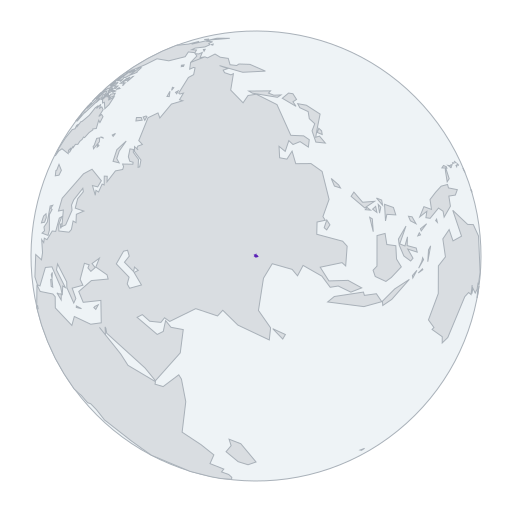 globe centered on Chhukha, rotated 318°
{"feature_id": "BTN-2433", "entity_name": "Chhukha", "entity_type": "District", "adm_level": 1, "iso_a3": "BTN", "parent_name": "Bhutan", "parent_adm1": "", "projection": "orthographic", "projection_center": [89.524, 27.004], "detail": "fine", "context": "on_globe", "style": "filled", "palette": "violet", "viewbox_px": 512, "rotation_deg": 318, "n_neighbors": 0, "source": "natural_earth", "source_scale": "10m", "svg_char_len": 11138}
<svg xmlns="http://www.w3.org/2000/svg" viewBox="0 0 512 512"><g transform="rotate(318 256 256)"><circle cx="256" cy="256" r="225" fill="#eef3f6" stroke="#a8b0b8"/><path d="M339.3,46.7L338.0,46.4L347.6,53.3L357.3,58.4L349.9,55.5L372.8,68.1L382.2,76.7L367.4,65.4L362.7,63.1L367.1,67.7L363.2,66.4L363.1,68.1L358.0,66.5L349.8,60.7L346.3,59.7L349.6,63.1L346.7,64.1L342.3,59.1L336.7,60.5L321.8,52.6L314.4,43.2L302.0,39.8L283.4,33.4L280.9,33.6L272.3,32.2L266.3,32.1L264.6,31.5L261.3,32.1L264.0,32.6L263.5,33.2L260.2,33.4L257.4,32.5L258.6,32.3L256.1,32.2L256.1,31.7L254.2,32.1L251.2,31.4L249.3,32.5L242.8,32.3L242.2,31.8L248.6,31.3L258.0,30.7L274.6,31.5L291.2,33.5L307.5,36.7L323.6,41.1L339.3,46.7ZM231.9,32.0L226.2,32.7L220.9,33.5L231.9,32.0ZM365.1,62.8L362.3,60.5L366.3,63.3L365.1,62.8ZM363.9,68.7L366.0,69.9L365.0,70.4L363.9,68.7ZM243.3,31.1L243.1,31.1L240.7,31.2L241.0,31.2L243.3,31.1ZM356.5,68.4L354.4,69.1L355.1,67.3L356.5,68.4ZM238.0,31.5L247.2,30.9L250.3,30.8L248.6,31.1L238.0,31.5ZM352.2,68.8L347.2,71.2L351.3,73.8L336.9,68.4L345.9,67.8L346.2,65.0L348.7,67.6L352.2,68.8ZM266.3,32.8L263.2,32.1L268.8,32.6L266.3,32.8ZM270.0,33.0L288.0,34.7L290.9,36.2L284.3,35.1L290.5,37.3L283.0,37.1L278.0,35.8L277.6,34.8L275.0,35.6L270.0,33.0ZM329.7,65.3L327.3,65.2L328.2,64.3L329.7,65.3ZM263.7,33.5L267.1,33.5L269.8,34.7L263.6,34.9L264.7,34.4L263.7,33.5ZM295.7,38.1L296.7,39.3L290.9,39.4L290.5,39.9L283.1,37.2L295.7,38.1ZM262.4,34.2L260.3,35.0L256.0,34.8L260.6,33.6L262.4,34.2ZM273.2,35.0L274.2,35.7L271.6,35.3L273.2,35.0ZM239.7,35.0L243.6,34.5L245.4,35.0L239.7,35.0ZM259.8,35.4L261.3,35.5L262.5,35.8L260.3,36.3L259.8,35.4ZM279.6,37.6L277.0,37.6L282.3,38.7L278.2,39.2L274.0,37.4L274.1,38.3L272.8,38.5L270.8,36.9L279.6,37.6ZM261.5,37.7L254.7,36.2L247.0,36.6L245.2,36.0L258.0,35.5L261.5,37.7ZM267.1,37.3L263.2,37.4L263.0,36.5L265.5,35.9L267.1,37.3ZM276.9,40.2L284.3,40.0L284.9,40.4L276.9,40.2ZM259.3,37.9L260.9,38.3L258.7,38.1L259.3,37.9ZM271.5,39.6L274.1,39.4L274.7,39.9L271.5,39.6ZM262.2,39.5L260.0,38.9L261.6,38.4L262.2,39.5ZM266.5,39.7L266.8,40.4L263.5,38.6L267.5,39.5L266.5,39.7ZM271.8,40.1L273.0,40.3L270.6,40.1L271.8,40.1ZM257.2,42.1L252.6,39.9L256.3,38.6L260.2,40.9L257.2,42.1ZM58.6,147.5L74.0,130.8L71.9,137.9L79.6,148.3L79.5,151.9L72.1,160.3L72.7,184.4L80.5,179.4L87.5,196.1L96.3,202.1L111.0,185.2L96.6,174.8L100.5,163.8L117.2,164.1L130.7,174.2L132.7,170.3L129.6,157.0L138.2,152.8L129.1,151.9L128.7,157.0L123.0,156.9L123.1,152.4L126.1,150.9L123.6,146.6L109.7,155.7L107.8,161.9L97.9,156.9L93.7,167.0L89.1,169.0L94.3,152.9L98.0,148.6L103.2,129.1L98.4,132.9L93.2,151.9L92.3,149.0L85.8,155.5L90.1,148.3L97.1,127.5L91.8,123.6L75.4,133.7L74.3,131.1L77.7,123.6L93.3,107.5L94.0,115.3L99.6,110.7L107.7,100.4L107.2,104.0L110.6,101.1L111.6,104.0L121.3,101.1L123.6,103.7L135.2,96.2L138.0,96.8L130.3,100.8L126.2,105.5L133.0,113.2L136.5,112.8L143.5,107.6L144.5,110.8L150.4,104.8L158.1,107.4L153.7,99.5L161.8,94.1L170.7,92.7L172.6,89.8L158.1,92.3L153.0,94.7L149.9,98.9L135.4,105.5L131.4,104.3L143.6,92.9L139.3,90.4L150.6,83.4L182.8,79.5L192.2,81.8L191.4,96.6L184.6,98.7L181.6,94.2L177.2,103.3L181.0,100.1L181.8,103.1L189.8,99.6L190.7,101.6L196.7,95.1L198.8,97.2L194.9,101.2L208.5,98.7L214.8,102.5L217.4,101.0L218.4,98.4L225.9,105.4L227.4,104.1L225.6,101.2L227.6,96.8L234.0,92.1L236.2,94.8L234.2,96.8L233.3,105.6L227.7,111.2L229.2,111.9L234.7,107.7L235.7,96.9L238.9,93.4L239.4,98.2L239.5,96.2L241.8,95.3L246.2,97.1L246.1,91.8L268.3,81.0L278.9,84.1L276.9,89.1L294.8,86.5L305.4,91.6L303.7,88.7L311.1,86.4L307.8,84.7L307.6,83.2L325.2,78.1L331.0,79.5L336.6,75.4L335.8,74.1L331.7,72.8L336.9,68.4L351.3,73.8L352.5,76.3L360.7,78.5L362.4,84.3L367.6,90.6L364.7,96.5L369.1,101.5L371.8,101.9L379.7,109.5L386.7,124.9L369.1,110.6L356.3,90.1L360.5,97.9L356.0,95.9L355.3,98.7L358.6,104.6L361.2,105.4L348.2,115.8L348.9,133.5L357.5,131.4L364.5,136.0L372.9,157.5L362.6,189.6L371.8,198.6L373.4,205.2L367.8,210.1L365.3,200.5L358.1,197.9L357.6,192.2L347.7,197.8L346.5,189.9L339.3,198.8L343.8,204.7L353.0,202.2L347.3,214.0L358.7,224.1L361.7,237.4L348.2,262.8L332.1,271.5L331.4,275.8L324.1,271.6L315.7,280.5L330.3,303.0L330.3,309.7L316.0,323.4L315.5,318.5L296.2,307.3L293.5,323.3L308.1,335.7L313.2,350.4L302.3,346.3L297.0,333.3L290.2,328.9L291.5,315.1L284.7,294.5L273.6,298.5L273.9,290.1L262.9,272.6L246.7,277.5L221.4,298.1L218.8,319.1L209.7,327.3L196.3,295.2L195.0,274.1L187.3,274.8L176.0,254.8L148.1,246.9L146.7,240.7L140.9,241.7L133.4,233.4L132.3,223.5L126.6,222.0L130.1,248.2L136.6,250.0L145.6,243.5L145.1,252.1L152.7,262.0L134.9,277.3L97.8,281.4L98.6,265.0L93.4,213.5L96.0,209.3L96.2,208.7L96.4,207.7L91.3,214.0L91.9,204.3L89.9,238.3L87.7,251.6L97.2,282.1L95.2,283.7L99.6,290.9L119.1,292.6L118.2,297.6L106.3,317.3L83.2,337.5L88.9,359.4L91.6,375.6L82.9,379.5L89.5,392.8L85.9,393.4L89.5,400.1L89.9,404.3L88.4,405.6L81.0,397.9L75.5,390.8L74.4,389.3L62.9,372.0L45.0,334.2L42.3,322.3L39.6,309.9L33.7,276.4L34.6,263.5L34.3,255.2L32.7,252.4L32.9,242.6L32.4,239.7L31.9,232.9L34.5,215.1L38.4,197.5L43.8,180.3L50.5,163.6L58.6,147.5ZM60.7,146.4L58.5,149.9L60.7,146.4ZM140.5,195.4L151.5,200.9L154.4,186.7L158.9,187.9L158.3,182.9L154.6,185.7L154.1,172.6L161.7,171.3L164.4,165.8L160.8,163.8L146.9,168.4L147.5,186.8L141.6,190.6L140.5,195.4ZM128.2,84.1L125.9,87.1L121.5,89.4L118.7,87.8L124.9,84.2L128.2,84.1ZM123.7,91.1L136.5,81.1L138.9,82.3L135.4,83.2L135.6,85.0L130.1,87.0L119.7,98.6L115.2,101.5L112.3,95.8L115.7,95.8L117.8,92.6L123.7,91.1ZM165.3,58.9L170.9,56.1L168.7,62.1L163.7,64.1L160.5,62.1L164.5,58.6L165.3,58.9ZM233.3,32.8L235.6,32.4L236.3,32.5L235.0,32.9L233.3,32.8ZM241.4,34.7L224.1,35.0L225.8,34.5L213.6,36.1L213.4,35.4L221.4,34.2L212.1,35.3L219.2,33.9L212.4,35.0L230.0,32.4L236.0,31.8L229.4,32.7L229.4,33.2L231.2,33.3L240.7,33.2L253.6,32.6L255.7,33.6L253.7,34.5L250.9,34.8L250.5,33.9L247.1,35.0L244.3,34.0L241.4,34.7ZM229.3,52.4L229.9,49.9L222.6,54.4L219.8,52.4L219.1,53.1L214.5,52.6L207.8,53.3L207.4,52.2L204.9,53.0L201.8,52.9L198.3,53.8L196.5,52.2L192.0,53.3L193.7,52.0L186.5,54.3L191.0,51.9L187.4,52.0L184.9,54.3L183.6,46.5L179.6,46.0L173.7,47.3L182.3,43.8L193.2,40.8L204.0,39.1L206.7,40.4L210.1,38.9L212.4,39.3L208.8,40.3L215.7,39.0L216.6,39.6L226.2,39.9L235.7,38.3L239.5,38.7L236.2,39.7L242.2,39.4L238.6,41.6L241.2,42.0L240.3,45.0L232.5,47.1L236.0,47.5L235.5,50.1L229.3,52.4ZM256.6,42.9L248.0,45.2L242.2,45.4L246.2,40.3L244.3,39.6L246.7,37.0L255.1,36.9L253.6,37.6L254.2,38.3L251.3,38.0L254.0,38.8L252.1,39.9L253.6,40.9L250.4,41.3L256.6,42.9ZM83.4,150.2L84.0,152.1L85.9,153.9L81.8,158.3L83.4,150.2ZM87.8,136.0L88.9,136.7L84.1,143.2L83.5,141.5L87.8,136.0ZM93.7,131.9L89.4,136.3L91.3,132.9L93.7,131.9ZM131.8,101.4L133.5,102.1L132.1,103.5L129.3,104.8L131.8,101.4ZM207.0,67.6L208.3,65.6L209.8,65.5L216.3,62.0L218.9,63.6L216.0,66.3L207.0,67.6ZM106.2,186.7L101.2,188.5L101.0,185.8L102.7,185.7L106.2,186.7ZM89.1,172.9L91.1,178.4L88.0,174.0L89.1,172.9ZM210.9,68.8L213.3,67.0L213.1,68.9L210.9,68.8ZM221.1,64.6L221.6,66.6L219.9,63.4L221.1,64.6ZM203.6,469.9L208.0,471.6L204.4,471.0L203.6,469.9ZM119.1,385.4L118.2,409.1L110.4,405.8L105.1,396.9L102.8,381.4L110.6,380.3L113.4,374.1L119.1,385.4ZM365.2,377.2L371.1,376.9L370.8,377.8L365.2,377.2ZM359.1,375.2L366.0,374.3L357.8,377.3L359.1,375.2ZM368.7,373.9L375.7,370.9L378.7,368.8L378.1,370.8L368.7,373.9ZM354.3,376.0L327.8,379.1L317.1,377.6L319.7,374.2L337.1,373.3L354.3,376.0ZM318.9,374.1L302.3,365.8L278.5,338.1L287.1,338.5L311.7,354.7L310.2,357.8L320.2,364.6L318.9,374.1ZM358.4,352.3L356.7,361.3L342.2,362.5L335.5,361.8L330.9,351.0L333.5,344.9L339.1,344.5L359.6,321.8L367.0,325.6L360.9,335.0L366.8,341.9L358.4,352.3ZM219.8,321.2L225.3,334.0L220.3,335.6L219.8,321.2ZM367.3,306.2L359.4,316.4L366.4,303.3L367.3,306.2ZM371.0,294.1L371.8,298.6L368.2,294.7L371.0,294.1ZM331.8,282.3L326.0,283.9L325.6,280.6L332.7,276.6L331.8,282.3ZM363.8,248.7L365.0,258.5L364.3,262.0L361.1,256.5L363.8,248.7ZM236.5,83.7L224.6,86.5L217.7,90.4L216.6,95.2L213.1,90.0L223.7,83.9L236.5,83.7ZM264.1,80.8L265.1,77.2L268.0,78.4L268.2,79.4L264.1,80.8ZM262.3,78.9L257.1,75.3L259.8,73.1L263.4,76.3L262.3,78.9ZM233.6,70.9L229.9,71.5L230.1,69.9L233.6,70.9ZM392.2,435.2L396.3,431.1L401.7,427.5L395.8,432.5L392.2,435.2ZM384.0,425.9L344.0,444.9L336.2,445.2L340.4,440.6L337.7,428.4L340.4,428.2L341.4,418.9L366.3,405.9L384.9,385.4L396.2,383.4L406.3,368.3L417.2,365.6L412.5,376.6L422.0,378.8L432.8,353.7L434.4,374.1L438.5,378.1L434.7,390.1L411.7,418.0L402.4,425.9L402.5,425.0L398.2,428.6L394.1,430.2L395.6,425.1L391.2,428.5L397.2,422.2L390.0,428.6L389.6,425.4L384.0,425.9ZM459.9,350.7L460.3,350.2L459.8,352.1L459.1,353.2L459.9,350.7ZM467.7,331.9L467.6,332.8L467.2,333.7L467.7,331.9ZM467.6,331.9L468.6,329.0L467.9,331.3L467.6,331.9ZM466.7,324.4L467.4,322.6L467.5,323.3L466.7,324.4ZM379.8,375.2L388.3,366.9L392.6,365.3L379.8,375.2ZM466.3,322.7L464.9,323.9L465.2,322.5L466.3,322.7ZM466.8,319.6L466.8,317.9L467.1,321.3L466.8,319.6ZM464.4,318.2L465.9,319.7L464.1,318.8L464.4,318.2ZM463.2,319.7L461.9,319.4L462.0,318.7L463.2,319.7ZM444.6,334.2L450.0,341.4L444.9,344.1L439.4,340.5L433.8,349.1L421.8,353.0L425.0,347.9L423.7,342.5L410.6,344.5L407.9,341.2L412.9,337.1L403.8,336.5L413.8,331.7L417.6,338.8L423.1,330.5L432.1,328.8L440.3,328.0L446.2,331.0L444.6,334.2ZM413.2,349.9L414.9,349.4L413.3,352.3L413.2,349.9ZM459.3,317.1L461.2,319.4L460.9,320.6L459.9,320.8L459.3,317.1ZM447.7,328.8L454.4,318.5L455.8,317.7L451.3,327.8L447.7,328.8ZM453.1,314.9L455.9,314.2L457.2,317.1L456.6,318.5L453.1,314.9ZM392.9,348.0L392.4,350.4L389.7,349.3L392.9,348.0ZM396.4,345.8L404.4,346.2L395.6,347.9L396.4,345.8ZM370.9,343.2L373.4,348.2L381.4,343.1L375.3,349.4L380.4,357.3L378.4,361.0L373.4,352.4L371.2,362.7L367.6,363.2L365.9,355.0L369.7,343.8L373.2,338.7L387.5,334.1L370.9,343.2ZM396.5,339.1L394.3,333.2L395.9,328.5L398.2,331.3L396.5,339.1ZM387.4,319.0L381.1,312.6L375.7,316.6L386.1,303.6L390.6,311.9L387.4,319.0ZM381.4,303.2L376.5,306.8L381.3,299.5L381.4,303.2ZM375.0,304.5L374.0,299.2L378.1,299.2L375.0,304.5ZM384.1,302.9L384.3,293.5L386.8,298.5L384.1,302.9ZM371.2,287.4L380.7,294.7L369.0,293.0L366.6,275.3L371.5,274.0L371.2,287.4ZM386.5,210.0L384.2,205.2L388.1,203.1L388.5,206.9L386.5,210.0ZM398.6,193.4L388.4,201.0L379.8,207.7L383.4,209.4L383.1,218.5L376.7,211.4L381.4,200.5L388.2,197.0L387.5,189.6L391.4,183.6L387.8,175.1L388.9,170.7L394.3,177.6L398.6,193.4ZM385.9,171.6L381.1,156.4L389.2,156.7L392.0,160.1L390.9,166.8L386.7,166.1L385.9,171.6ZM382.3,153.0L378.1,152.4L362.3,132.6L361.0,128.6L377.3,143.0L374.3,143.3L376.8,148.4L382.3,153.0ZM329.0,66.6L327.4,65.4L330.0,66.1L329.0,66.6ZM305.6,82.4L305.7,80.5L308.7,81.2L305.6,82.4ZM307.5,75.9L304.1,76.4L306.8,74.7L307.5,75.9ZM296.6,77.9L302.3,76.0L298.2,79.5L296.6,77.9Z" fill="#d9dde1" stroke="#a8b0b8" stroke-width="1"/><path d="M256.8,257.2L256.6,257.1L256.4,257.1L256.3,256.9L256.2,256.9L255.9,256.8L255.7,256.8L255.6,256.7L255.4,256.5L255.3,256.4L255.2,256.3L255.2,256.2L255.4,256.0L255.4,255.9L255.2,255.7L255.3,255.6L255.4,255.4L255.3,255.2L255.6,255.2L255.8,255.3L255.9,255.2L256.0,255.0L256.0,254.9L256.1,255.0L256.3,255.0L256.1,255.2L256.0,255.3L256.3,255.5L256.5,255.7L256.5,255.8L256.8,255.9L256.8,256.0L256.9,256.3L256.9,256.5L256.9,256.8L256.7,257.0L256.8,257.1L256.8,257.2Z" fill="#8b5cf6" stroke="#5b21b6" stroke-width="1.5"/></g></svg>